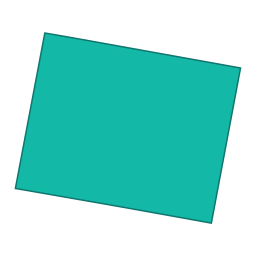 Logan, Kansas, United States of America, rotated 10°
{"feature_id": "52423323B59948780820812", "entity_name": "Logan", "entity_type": "district", "adm_level": 2, "iso_a3": "USA", "parent_name": "United States of America", "parent_adm1": "Kansas", "projection": "robinson", "projection_center": [-101.227, 38.917], "detail": "fine", "context": "isolated", "style": "filled", "palette": "teal", "viewbox_px": 256, "rotation_deg": 10, "n_neighbors": 0, "source": "geoboundaries", "source_scale": "gbopen_adm2", "svg_char_len": 246}
<svg xmlns="http://www.w3.org/2000/svg" viewBox="0 0 256 256"><g transform="rotate(10 128 128)"><path d="M29.6,48.9L27.6,207.1L134.0,206.9L226.6,207.2L228.4,49.4L55.4,48.8L29.6,48.9Z" fill="#14b8a6" stroke="#0f766e" stroke-width="1.5"/></g></svg>